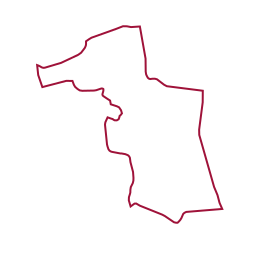 the Province of Bangkok Metropolis, rotated 81°
{"feature_id": "THA-416", "entity_name": "Bangkok Metropolis", "entity_type": "Province", "adm_level": 1, "iso_a3": "THA", "parent_name": "Thailand", "parent_adm1": "", "projection": "mercator", "projection_center": [100.599, 13.72], "detail": "fine", "context": "isolated", "style": "outline", "palette": "rose", "viewbox_px": 256, "rotation_deg": 81, "n_neighbors": 0, "source": "natural_earth", "source_scale": "10m", "svg_char_len": 1536}
<svg xmlns="http://www.w3.org/2000/svg" viewBox="0 0 256 256"><g transform="rotate(81 128 128)"><path d="M74.2,206.2L61.6,208.4L51.7,207.9L52.8,206.0L53.7,204.8L54.5,203.9L55.0,203.0L55.4,201.8L55.4,200.5L53.2,183.9L47.9,165.7L46.3,162.5L42.2,158.2L40.9,157.3L39.8,156.7L38.5,156.3L35.8,155.9L34.2,152.6L33.1,149.9L28.3,124.4L26.7,117.0L27.4,113.1L28.8,109.2L29.6,100.4L62.2,99.8L75.1,101.7L77.8,101.7L79.1,101.4L81.4,100.6L82.4,99.8L83.1,98.5L83.2,95.8L83.5,93.8L84.4,91.8L90.9,85.6L92.8,83.1L102.9,48.3L114.3,50.2L140.8,58.0L146.0,58.7L199.6,52.2L208.3,50.1L216.2,49.3L222.7,47.6L220.0,83.6L220.6,85.5L221.5,86.9L225.4,89.4L227.0,90.8L228.4,92.5L229.3,93.8L229.1,95.3L228.3,97.3L220.7,105.4L218.9,107.8L206.6,128.4L203.9,131.7L203.7,133.4L205.9,137.7L199.6,138.5L196.5,137.9L193.3,136.3L192.1,135.8L189.4,135.3L186.9,134.5L186.0,133.9L183.2,131.9L180.8,130.9L178.1,130.4L172.2,129.9L162.2,130.9L157.7,130.8L156.2,131.3L154.8,132.4L153.4,134.8L152.2,138.2L152.0,139.4L149.0,147.7L148.4,148.8L147.5,149.8L146.0,150.6L143.1,151.1L141.0,151.3L121.2,150.2L120.1,149.9L118.7,149.4L114.3,146.5L116.3,142.8L116.7,141.8L117.5,141.1L118.3,140.0L118.7,137.9L117.9,135.9L116.3,135.0L114.8,134.4L114.0,133.2L112.6,131.7L109.4,132.1L106.2,133.6L104.8,135.6L101.9,141.3L98.1,141.4L95.7,144.1L93.0,147.0L92.0,147.9L90.7,148.0L87.6,146.6L86.5,146.3L85.6,146.3L85.1,146.9L84.8,148.1L85.7,153.5L85.7,155.7L84.1,167.3L83.3,169.8L81.5,171.8L79.1,173.8L76.8,174.7L72.8,175.5L71.8,181.7L74.2,206.2Z" fill="none" stroke="#9f1239" stroke-width="2"/></g></svg>